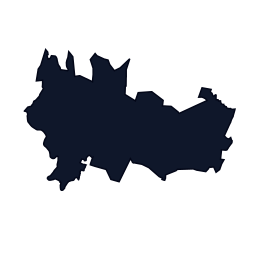 the district of Tlapehuala, Guerrero, Mexico, rotated 7°
{"feature_id": "50627088B3724997365997", "entity_name": "Tlapehuala", "entity_type": "district", "adm_level": 2, "iso_a3": "MEX", "parent_name": "Mexico", "parent_adm1": "Guerrero", "projection": "natural_earth1", "projection_center": [-100.475, 18.277], "detail": "fine", "context": "isolated", "style": "filled", "palette": "ink", "viewbox_px": 256, "rotation_deg": 7, "n_neighbors": 0, "source": "geoboundaries", "source_scale": "gbopen_adm2", "svg_char_len": 5357}
<svg xmlns="http://www.w3.org/2000/svg" viewBox="0 0 256 256"><g transform="rotate(7 128 128)"><path d="M220.8,161.2L224.0,158.1L225.3,152.2L227.1,147.8L223.7,147.8L223.6,146.3L223.5,139.8L223.4,138.3L227.5,138.1L228.1,138.0L229.0,137.5L229.4,136.4L229.5,136.3L229.7,136.0L230.0,135.1L231.1,133.1L231.2,132.9L232.5,130.7L232.9,130.0L232.9,128.0L232.2,127.4L231.1,125.0L229.7,126.4L229.5,126.7L228.0,126.4L227.8,126.3L227.0,126.1L226.7,125.8L226.3,125.5L226.0,125.2L224.5,124.1L224.6,123.8L225.1,122.2L225.6,120.6L225.8,120.0L226.1,119.0L227.6,114.3L227.7,113.9L228.5,111.5L229.2,109.6L229.4,108.2L229.6,107.4L229.8,106.6L230.3,105.2L230.5,104.8L230.5,104.7L230.9,103.7L230.9,103.4L230.9,102.9L231.4,99.8L231.8,97.2L231.9,96.2L229.2,96.8L227.7,96.5L227.5,96.2L224.9,96.6L224.7,96.3L223.7,96.3L222.9,94.9L221.7,94.8L221.0,94.9L221.0,94.1L220.5,94.0L220.1,92.9L219.8,93.0L219.4,93.1L217.7,92.7L216.8,91.1L216.5,89.8L214.5,90.1L213.9,89.0L212.1,89.2L211.7,87.8L211.4,84.1L211.3,84.8L211.2,84.5L211.0,84.4L210.3,84.8L209.7,85.6L209.0,85.9L208.3,85.7L208.2,85.4L207.6,84.2L207.1,83.3L206.3,82.9L205.6,82.5L205.4,82.0L205.5,80.9L205.8,79.6L196.6,79.1L194.4,88.8L197.3,88.3L199.0,88.6L201.3,89.5L203.2,91.1L192.3,97.8L177.0,107.3L176.5,106.8L175.8,106.0L168.2,101.3L160.9,101.8L159.5,101.9L159.5,96.3L147.2,89.1L133.8,91.7L132.0,100.2L120.9,95.1L120.2,86.8L120.9,86.6L120.0,78.3L120.0,77.5L119.9,76.7L119.1,70.3L121.3,59.1L112.9,69.3L107.5,72.8L102.5,67.7L102.1,67.3L99.9,63.0L95.9,62.5L88.4,60.1L86.3,58.1L82.3,64.7L83.8,67.9L86.1,72.9L86.9,79.1L87.1,86.4L73.8,82.0L68.8,83.3L64.5,64.0L61.9,61.4L61.5,61.0L59.9,59.5L59.8,65.3L59.1,68.2L58.9,70.6L59.4,73.4L59.4,73.6L59.6,74.2L59.9,74.8L60.1,75.2L61.7,77.3L61.1,78.5L54.0,78.4L53.1,76.1L51.9,74.7L50.9,73.5L49.4,69.5L49.1,68.2L48.1,66.4L46.9,65.5L43.2,65.6L42.3,68.4L40.2,69.3L38.6,65.5L39.7,64.9L39.0,62.4L36.7,60.2L33.8,76.5L32.5,79.0L31.7,80.5L31.7,82.2L31.3,92.4L37.4,91.0L37.9,94.7L38.0,97.6L39.3,99.2L36.5,105.3L36.3,106.4L35.8,108.9L35.3,108.4L33.5,111.1L32.4,112.2L31.5,112.7L31.4,113.2L31.2,113.3L30.8,115.5L29.7,117.2L29.5,118.1L26.0,119.5L23.6,123.1L23.1,123.8L23.1,124.4L23.4,123.8L23.6,123.7L24.3,123.9L25.1,124.2L25.6,124.4L26.0,124.7L26.2,125.1L26.5,125.8L26.7,126.4L26.8,126.9L26.7,127.4L26.6,128.0L26.6,128.6L26.8,129.3L27.0,130.4L27.2,131.4L27.4,132.2L27.6,132.9L28.0,134.0L28.9,134.9L30.2,136.2L31.0,137.0L32.3,138.1L33.7,138.9L34.5,139.3L35.6,139.8L36.2,140.1L36.6,140.3L37.5,140.7L38.4,140.8L38.7,140.8L39.3,140.7L40.1,140.6L40.8,140.5L41.4,140.5L42.0,140.5L42.7,140.7L43.3,141.1L44.2,141.6L44.8,142.1L45.4,142.6L45.8,143.1L46.5,143.8L47.0,144.4L47.3,144.8L47.4,145.0L47.8,145.7L48.0,146.2L48.1,146.6L48.0,147.1L47.8,147.6L47.4,148.3L46.9,149.6L46.5,151.3L46.3,152.7L46.2,153.5L46.3,154.1L46.4,154.6L46.7,155.2L47.1,155.7L47.6,156.1L47.8,156.2L48.9,156.9L49.8,157.6L51.0,158.8L51.9,159.6L52.5,160.2L52.8,160.7L53.2,161.6L53.5,162.4L53.9,163.8L54.2,165.5L54.6,166.3L54.8,166.4L55.8,167.1L56.7,167.4L57.1,167.4L57.6,167.4L58.7,167.0L59.3,166.3L59.9,165.6L60.2,165.1L60.6,164.9L60.9,164.7L61.1,164.7L61.5,164.6L61.9,164.9L62.2,165.3L62.2,165.7L62.3,166.0L62.4,166.8L62.5,167.5L62.5,168.2L62.6,168.7L62.6,169.2L62.5,169.7L62.5,170.5L62.3,171.7L62.2,173.0L62.7,175.4L60.1,179.1L59.2,181.1L56.8,184.9L55.4,185.7L54.8,186.2L54.4,186.6L54.2,187.2L54.1,187.5L54.2,187.8L54.3,188.2L54.8,188.6L55.3,189.0L55.8,189.3L56.5,189.3L57.3,189.2L58.0,189.0L58.9,188.7L59.7,188.4L60.4,188.2L61.5,187.4L62.6,187.4L65.6,188.4L67.3,189.5L67.2,190.0L67.3,190.0L67.8,190.2L68.0,190.7L68.1,191.1L68.0,192.1L67.8,193.1L68.0,194.0L68.1,194.9L68.3,195.8L68.5,196.4L68.6,197.0L69.0,197.6L69.3,197.7L69.5,197.9L69.9,197.8L70.3,197.8L70.8,197.6L71.1,197.3L71.5,196.8L71.9,196.1L72.4,195.4L72.4,195.0L72.4,194.7L72.6,193.8L73.1,192.8L74.1,190.7L74.6,189.7L75.3,188.8L75.6,188.3L76.0,188.1L76.9,187.7L77.4,187.4L77.8,187.2L78.0,187.1L78.6,186.9L79.1,186.8L79.6,186.7L80.1,186.5L80.4,186.3L80.9,185.5L81.0,185.0L81.2,184.4L81.7,184.0L82.2,183.7L82.5,183.5L82.9,183.4L83.1,183.4L83.6,183.6L84.1,183.8L84.4,184.1L84.4,184.4L84.5,184.6L84.8,185.0L85.0,185.2L85.1,185.3L85.2,185.2L85.3,185.2L85.4,184.9L85.4,184.6L85.5,184.2L85.6,183.4L85.6,182.8L85.5,182.7L85.5,181.9L85.8,181.0L85.6,180.5L85.8,180.4L85.8,180.1L85.8,179.9L85.9,179.5L86.1,179.2L86.0,178.5L85.8,178.2L85.8,177.4L85.8,176.9L86.1,176.7L86.2,176.2L86.4,175.7L86.6,175.4L88.2,175.7L88.7,175.8L89.3,175.7L89.5,175.4L89.4,174.7L89.5,173.9L89.6,173.7L89.8,173.3L89.9,173.0L90.1,172.4L90.3,172.1L90.4,171.2L90.6,170.3L90.9,169.8L90.5,169.7L90.4,169.7L89.4,169.5L88.2,169.6L87.6,169.6L86.5,169.1L86.4,169.1L84.6,168.3L85.4,166.2L85.8,164.5L86.5,164.5L87.1,164.5L87.2,164.4L87.7,164.5L88.3,165.0L88.7,165.3L88.8,165.7L90.0,165.5L90.4,164.9L90.3,164.7L90.2,163.0L90.5,162.4L90.7,161.9L90.9,161.6L92.0,160.3L92.8,159.8L93.4,160.0L93.8,160.2L94.7,160.8L94.8,160.8L96.3,162.0L96.4,161.9L95.1,168.3L95.1,169.1L99.8,170.0L111.4,171.8L117.3,181.1L125.7,182.4L133.4,160.2L134.1,158.1L136.1,160.5L136.5,161.3L137.0,161.7L137.4,161.9L137.8,162.0L138.2,161.9L138.5,161.8L146.3,162.3L153.6,164.8L165.0,172.5L168.3,173.6L168.0,174.9L170.1,175.4L170.5,175.4L170.8,175.4L171.3,173.4L171.0,169.9L180.8,164.5L182.1,163.0L197.7,160.6L201.3,161.4L210.5,161.8L212.4,159.2L213.6,156.8L214.6,156.9L217.8,156.2L217.9,156.3L220.8,161.2Z" fill="#0f172a" stroke="#020617" stroke-width="1.5"/></g></svg>